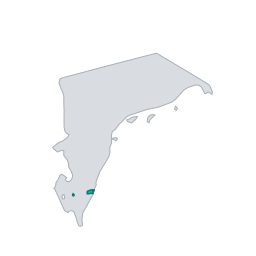 location of Ajman within United Arab Emirates, rotated 157°
{"feature_id": "ARE-346", "entity_name": "Ajman", "entity_type": "Emirate", "adm_level": 1, "iso_a3": "ARE", "parent_name": "United Arab Emirates", "parent_adm1": "", "projection": "albers", "projection_center": [55.668, 25.371], "detail": "fine", "context": "in_parent", "style": "filled", "palette": "teal", "viewbox_px": 256, "rotation_deg": 157, "n_neighbors": 0, "source": "natural_earth", "source_scale": "10m", "svg_char_len": 2785}
<svg xmlns="http://www.w3.org/2000/svg" viewBox="0 0 256 256"><g transform="rotate(157 128 128)"><path d="M216.2,73.4L218.7,76.8L219.2,99.8L219.8,101.5L218.5,101.7L217.0,103.5L215.3,106.2L212.9,107.6L211.0,109.2L209.2,111.1L207.5,111.6L205.4,109.1L204.0,106.5L204.3,106.0L205.3,105.8L205.7,104.5L205.1,102.6L203.7,101.9L201.9,101.8L200.2,102.7L198.4,104.4L197.4,106.2L197.2,109.8L197.7,113.9L197.7,115.9L196.7,118.3L196.3,122.0L197.0,124.8L197.7,126.4L197.8,127.8L196.0,132.3L197.5,133.2L202.4,133.5L203.9,136.5L204.9,138.6L204.6,139.8L201.1,140.7L196.8,141.8L193.6,141.5L187.9,142.8L184.9,144.9L185.8,146.2L186.8,147.3L187.3,150.0L186.4,154.0L184.8,157.8L182.8,162.6L180.4,168.1L177.2,176.3L174.5,182.8L174.2,187.4L174.2,190.5L173.9,196.6L171.3,199.9L170.7,200.0L167.7,199.6L166.6,199.5L163.7,199.1L159.2,198.4L153.3,197.6L146.3,196.6L138.5,195.5L130.2,194.3L121.7,193.1L113.1,191.8L104.8,190.6L97.0,189.4L90.1,188.4L84.2,187.5L79.7,186.8L76.8,186.3L75.8,186.2L72.5,185.7L70.8,183.4L68.8,180.6L66.7,177.8L64.7,175.0L62.6,172.2L60.6,169.4L58.6,166.6L56.5,163.8L54.5,161.1L52.4,158.3L50.4,155.5L48.4,152.7L46.4,149.9L44.3,147.1L42.3,144.3L40.3,141.5L38.3,138.7L36.9,136.8L36.2,134.7L36.2,129.3L36.3,128.1L37.7,126.0L38.4,127.6L39.9,129.7L42.6,129.3L43.8,129.7L44.5,137.2L46.4,139.9L48.8,141.1L56.9,141.9L62.0,141.0L72.0,136.3L77.3,134.7L91.7,135.3L103.2,137.6L121.2,139.1L124.7,138.8L134.5,135.0L140.5,131.6L144.1,130.6L146.4,127.3L148.0,122.9L149.4,120.1L151.1,118.7L152.8,116.3L154.2,112.4L157.5,108.5L170.9,98.9L178.7,90.7L179.4,88.1L183.6,84.2L187.0,79.8L202.8,67.5L205.9,62.3L207.8,56.6L208.0,56.2L209.4,56.0L211.3,56.8L211.5,61.1L210.8,65.2L210.7,69.4L210.5,71.8L211.9,73.7L214.4,74.5L215.5,74.4L216.2,73.4ZM215.7,90.8L215.9,89.0L215.5,88.0L213.9,87.9L213.2,89.5L213.0,91.7L214.2,91.9L215.7,90.8ZM126.1,134.6L126.1,136.0L122.2,135.6L121.2,136.3L118.0,135.9L114.9,134.8L117.1,133.1L122.6,131.2L124.8,133.0L126.1,134.6ZM103.5,130.9L100.6,131.1L98.1,129.4L103.5,127.4L105.0,126.5L106.6,124.6L107.8,126.3L106.4,128.9L105.4,130.0L103.5,130.9ZM146.7,123.8L146.4,124.6L145.3,124.5L142.6,123.7L141.8,122.5L143.5,121.1L144.2,121.1L145.3,122.6L146.7,123.8ZM76.2,129.1L75.6,129.4L74.9,127.1L75.0,126.4L76.8,125.4L77.8,127.3L76.2,129.1Z" fill="#d9dde1" stroke="#a8b0b8" stroke-width="1"/><path d="M183.3,84.2L183.9,83.4L184.1,83.4L184.3,83.9L184.5,83.9L184.7,83.6L184.9,83.1L185.1,83.4L185.6,81.8L185.9,81.4L186.3,81.8L187.0,81.9L187.3,82.1L187.9,82.4L188.3,82.6L190.6,83.0L191.0,83.2L191.2,83.4L190.7,84.8L190.3,85.4L190.1,85.6L189.8,85.6L186.6,85.5L185.3,85.2L184.2,84.7L183.3,84.2L183.3,84.2ZM204.4,86.8L204.9,87.0L205.1,87.1L205.2,87.3L205.3,87.5L205.2,88.1L204.2,88.9L203.7,87.8L203.7,87.6L203.8,87.3L204.0,87.1L204.4,86.8Z" fill="#14b8a6" stroke="#0f766e" stroke-width="1.5"/></g></svg>